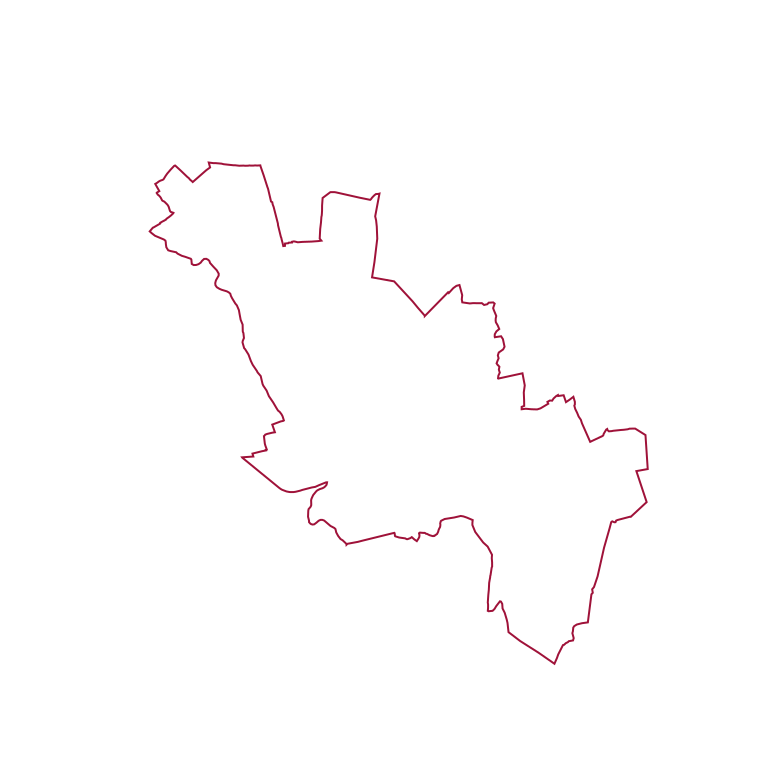 outline of Targoviste, Dâmbovita, Romania, rotated 213°
{"feature_id": "2599482B69796081366270", "entity_name": "Targoviste", "entity_type": "district", "adm_level": 2, "iso_a3": "ROU", "parent_name": "Romania", "parent_adm1": "Dâmbovita", "projection": "orthographic", "projection_center": [25.462, 44.919], "detail": "fine", "context": "isolated", "style": "outline", "palette": "rose", "viewbox_px": 768, "rotation_deg": 213, "n_neighbors": 0, "source": "geoboundaries", "source_scale": "gbopen_adm2", "svg_char_len": 6107}
<svg xmlns="http://www.w3.org/2000/svg" viewBox="0 0 768 768"><g transform="rotate(213 384 384)"><path d="M663.6,384.4L661.3,384.0L656.8,383.6L647.3,385.3L645.4,385.2L644.2,384.0L643.2,382.6L641.0,380.1L637.8,378.6L635.3,379.3L630.0,381.3L628.2,380.9L623.4,381.4L620.0,382.4L614.2,383.8L613.3,383.4L610.6,380.0L608.4,380.1L606.4,381.5L604.8,383.5L603.8,386.0L603.7,388.2L603.0,390.9L601.2,392.2L599.0,392.4L597.3,392.0L595.9,390.8L590.8,389.4L586.2,388.3L582.7,386.5L581.7,384.8L581.4,379.4L580.5,376.7L579.1,375.0L576.9,374.1L573.9,374.2L571.5,374.6L566.3,376.1L564.1,376.3L562.1,376.0L560.5,374.6L558.3,373.3L552.5,370.5L550.2,369.8L545.9,366.9L543.4,364.2L539.2,359.8L534.9,356.8L531.3,351.5L530.7,350.8L529.7,350.2L526.5,346.3L525.9,343.1L525.3,341.8L520.8,337.9L519.5,337.6L513.7,334.9L508.2,330.8L504.6,328.6L497.5,325.6L496.4,324.9L491.7,323.5L485.9,317.9L484.4,316.9L478.8,314.5L473.9,311.1L467.0,308.2L460.8,305.1L458.4,304.0L456.3,303.8L453.5,302.8L451.5,301.7L448.1,298.9L448.5,298.1L450.2,296.4L455.6,289.1L449.2,284.1L451.1,282.4L454.8,278.5L456.0,276.9L456.1,275.4L456.3,274.9L451.4,269.0L449.8,267.6L446.6,265.2L447.3,264.4L446.8,264.0L449.7,261.2L456.4,254.0L454.1,252.0L463.1,245.2L462.6,245.0L415.3,239.8L413.6,239.7L411.8,239.8L407.2,240.8L404.5,241.9L403.1,242.7L401.0,244.1L399.4,245.5L396.2,248.9L394.8,250.7L388.2,257.9L385.6,260.3L383.3,263.9L379.0,270.0L378.2,270.5L377.7,269.3L377.3,268.1L377.5,266.3L377.9,264.8L378.8,263.1L380.6,260.9L382.0,258.5L382.4,257.0L382.9,252.4L382.7,250.7L382.3,248.2L381.8,246.8L379.5,243.5L378.9,242.4L378.7,240.8L379.1,238.0L378.5,236.5L375.4,231.3L372.4,228.5L371.6,227.3L369.8,226.8L368.8,226.8L367.4,227.2L366.1,228.3L365.1,231.0L364.4,233.5L363.9,234.5L363.1,235.6L361.6,236.5L359.8,236.9L351.5,235.8L349.6,236.0L347.2,236.2L345.7,235.9L343.2,233.5L339.7,231.6L336.0,230.3L333.6,230.4L329.2,229.6L328.2,229.2L327.9,228.8L327.6,230.1L319.9,237.4L317.0,240.6L294.3,264.8L293.9,264.7L292.0,262.5L291.6,262.4L287.7,263.5L282.1,266.1L280.6,266.2L280.0,266.5L279.6,266.9L277.9,269.2L277.3,270.7L274.0,270.2L270.9,270.1L270.9,273.4L271.1,275.0L271.9,276.5L272.6,277.3L272.9,277.4L273.2,277.7L273.3,278.4L273.0,278.9L269.8,280.6L269.2,281.1L268.2,281.4L267.1,281.3L266.4,281.7L263.5,282.0L260.5,282.9L259.5,283.5L259.1,283.9L259.2,284.4L258.6,284.9L258.2,286.3L257.8,287.1L258.1,289.6L258.6,291.0L258.9,292.5L259.1,294.7L260.0,296.6L260.9,297.6L261.6,299.6L261.6,300.4L259.6,303.8L252.5,310.2L247.8,315.1L245.3,316.2L241.7,317.1L235.5,318.2L234.4,316.0L233.1,313.9L226.9,309.6L214.5,305.1L208.5,304.1L200.4,299.6L198.8,296.7L196.2,293.3L193.9,289.8L193.7,288.7L190.5,281.6L190.4,281.0L189.7,279.7L187.5,274.5L184.0,268.5L181.8,264.2L177.9,257.2L176.8,256.0L176.1,255.0L174.6,252.6L173.4,250.3L172.5,250.4L169.4,252.9L168.8,255.5L168.9,258.9L168.4,264.9L167.4,265.2L165.1,264.0L162.3,260.3L158.2,257.9L152.8,253.3L150.3,250.9L144.4,243.7L129.8,242.6L107.7,242.8L88.7,242.2L89.7,248.4L90.6,252.1L91.7,262.5L90.9,263.4L90.4,265.6L89.2,267.6L88.9,269.0L87.7,270.1L85.8,271.9L86.5,274.2L90.3,277.6L90.9,279.5L92.6,282.8L92.6,284.5L91.3,287.3L87.7,291.2L83.2,295.1L95.5,320.6L95.2,322.6L97.6,325.2L97.3,328.1L100.1,339.0L110.3,366.6L116.2,385.8L118.2,391.9L117.8,393.1L115.5,393.5L114.6,394.2L114.9,395.9L114.1,397.1L105.2,406.9L104.7,407.0L99.4,428.0L124.9,448.4L116.5,456.3L136.9,483.6L149.1,483.4L153.7,480.3L154.9,478.8L158.1,476.1L160.1,474.6L166.3,469.6L167.4,468.5L169.6,466.8L171.6,467.1L172.3,467.8L172.8,466.8L172.6,461.8L172.2,460.7L172.3,459.6L179.6,447.8L196.6,458.9L199.4,461.2L203.0,462.7L206.3,465.0L210.0,467.2L212.6,469.5L212.8,470.8L214.2,473.0L218.2,476.4L219.8,471.9L221.5,467.9L227.2,472.4L231.4,468.8L232.1,469.5L233.0,467.7L233.9,464.2L233.9,461.6L235.9,460.5L237.2,458.0L235.5,456.9L239.5,448.8L241.7,446.1L246.3,443.3L251.7,440.4L254.8,437.8L256.1,439.8L254.5,442.0L257.8,446.9L262.2,453.1L265.2,459.5L273.7,468.4L291.1,450.8L291.4,450.8L292.6,453.2L293.1,456.6L295.5,458.6L296.6,461.3L298.7,461.9L298.9,461.8L300.8,462.6L301.4,465.2L301.9,468.0L304.1,470.0L304.9,472.9L302.9,477.9L303.2,480.9L308.7,486.4L311.8,487.8L316.5,483.6L317.1,484.2L318.2,486.1L318.4,489.3L317.3,492.9L320.6,495.1L323.8,496.7L325.0,498.1L326.1,500.0L326.9,502.2L332.3,505.9L333.8,507.1L335.0,511.7L336.8,511.9L340.5,509.2L340.8,507.2L343.1,504.8L346.0,505.1L347.2,504.2L353.4,500.3L355.9,498.3L362.8,495.1L364.9,497.4L366.8,501.1L374.6,508.1L376.7,505.8L378.1,502.2L379.2,495.6L379.7,495.8L380.2,495.9L386.8,463.2L387.0,463.5L397.2,466.4L405.1,468.9L431.4,475.6L452.1,466.9L458.4,481.0L468.8,502.2L475.8,512.1L479.8,517.0L482.7,519.8L491.5,541.2L492.3,540.3L494.2,538.9L494.3,538.6L494.8,537.3L495.2,535.4L495.5,533.7L495.6,531.7L495.9,530.9L496.2,530.8L506.1,526.9L528.8,518.5L530.1,517.9L532.6,516.3L533.3,515.8L533.5,515.6L536.8,506.6L533.1,499.9L530.4,495.7L528.8,492.9L528.0,491.4L527.5,490.0L524.9,485.3L521.9,479.2L517.1,470.9L514.6,470.1L516.9,468.1L522.3,464.0L529.6,458.9L533.5,455.9L535.9,455.1L537.3,454.5L538.6,453.2L538.2,452.6L540.9,450.6L540.9,450.0L543.5,447.9L542.3,445.9L543.6,444.8L545.5,446.7L548.6,449.5L549.8,450.7L550.6,451.2L559.4,459.5L560.4,460.8L573.0,472.4L575.2,474.0L576.7,475.6L578.1,475.5L587.6,484.6L589.1,485.7L598.5,493.4L606.2,499.4L606.8,500.0L609.4,498.1L611.2,497.1L612.4,496.1L614.5,494.7L616.0,493.9L616.7,493.2L619.3,491.4L620.7,490.7L624.3,488.2L628.3,486.2L629.5,485.4L636.8,481.7L638.2,481.0L640.3,480.3L645.2,477.7L647.6,476.2L651.6,474.3L647.8,470.9L649.5,466.5L654.4,449.2L655.8,449.5L657.8,449.7L660.0,450.4L661.5,450.5L671.5,452.4L678.1,453.5L678.6,453.0L678.8,452.5L679.7,447.6L680.4,442.4L680.5,439.7L680.4,435.5L681.0,434.4L682.4,432.6L682.7,432.0L683.2,431.1L683.8,429.3L684.8,427.2L677.5,423.4L678.8,420.6L678.7,420.4L677.7,420.0L676.9,419.6L675.4,419.5L673.9,419.1L672.8,418.7L670.0,417.1L669.1,417.1L667.9,417.3L666.9,417.2L663.2,416.4L661.3,415.5L657.9,412.7L657.3,412.4L656.5,412.2L653.8,412.9L653.7,412.4L654.4,409.5L655.3,406.8L656.1,404.9L656.5,403.5L656.4,403.1L659.5,397.4L659.1,397.0L659.1,396.6L662.7,389.5L663.0,389.2L663.6,384.4Z" fill="none" stroke="#9f1239" stroke-width="2"/></g></svg>